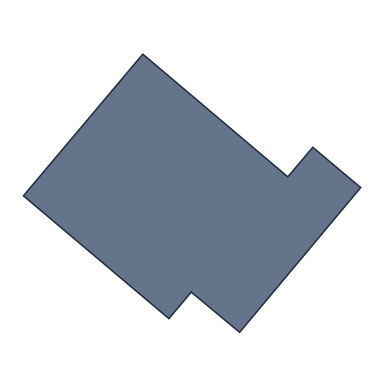 the district of Ida, Iowa, United States of America, rotated 130°
{"feature_id": "52423323B51370966156719", "entity_name": "Ida", "entity_type": "district", "adm_level": 2, "iso_a3": "USA", "parent_name": "United States of America", "parent_adm1": "Iowa", "projection": "mercator", "projection_center": [-95.508, 42.386], "detail": "fine", "context": "isolated", "style": "filled", "palette": "slate", "viewbox_px": 384, "rotation_deg": 130, "n_neighbors": 0, "source": "geoboundaries", "source_scale": "gbopen_adm2", "svg_char_len": 275}
<svg xmlns="http://www.w3.org/2000/svg" viewBox="0 0 384 384"><g transform="rotate(130 192 192)"><path d="M303.3,318.7L303.9,128.3L269.2,128.2L268.9,65.3L80.2,65.6L80.1,128.2L118.8,128.4L118.0,318.3L303.3,318.7Z" fill="#64748b" stroke="#1e293b" stroke-width="1.5"/></g></svg>